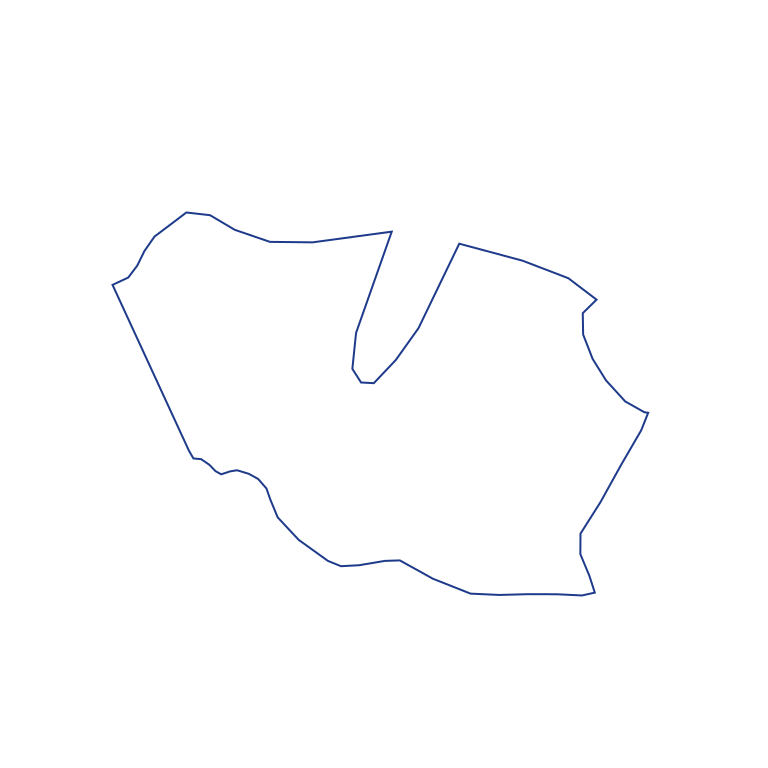 outline of Struga, rotated 119°
{"feature_id": "MKD-4845", "entity_name": "Struga", "entity_type": "Statistical Region", "adm_level": 1, "iso_a3": "MKD", "parent_name": "North Macedonia", "parent_adm1": "", "projection": "natural_earth1", "projection_center": [20.642, 41.252], "detail": "fine", "context": "isolated", "style": "outline", "palette": "blue", "viewbox_px": 768, "rotation_deg": 119, "n_neighbors": 0, "source": "natural_earth", "source_scale": "10m", "svg_char_len": 993}
<svg xmlns="http://www.w3.org/2000/svg" viewBox="0 0 768 768"><g transform="rotate(119 384 384)"><path d="M225.7,244.5L244.2,233.8L260.9,213.7L273.2,191.6L282.3,164.6L282.5,142.7L281.1,139.0L299.7,136.6L339.5,137.4L382.5,137.4L419.6,139.6L437.6,129.8L452.2,111.4L460.4,102.6L464.3,98.5L468.7,103.5L472.0,107.2L472.9,108.2L484.1,130.9L497.8,155.8L512.5,180.7L525.4,206.7L530.6,246.7L530.6,268.3L530.6,284.6L538.3,297.5L547.0,308.4L554.7,318.1L564.2,333.3L565.9,347.3L561.7,383.0L552.2,412.3L540.1,427.5L532.4,436.1L528.1,448.0L528.1,458.8L530.7,470.7L534.9,476.1L541.9,482.6L541.9,489.1L539.3,497.8L538.4,507.5L541.5,514.6L537.1,522.0L428.9,669.5L414.9,659.3L403.5,657.7L400.1,657.2L383.9,658.0L366.3,656.2L356.2,651.7L329.8,640.0L320.7,618.0L321.5,589.3L315.0,552.7L294.7,515.1L247.0,451.1L352.9,433.2L386.1,419.0L393.8,404.8L388.2,393.3L357.2,385.3L318.4,380.9L224.8,386.2L209.0,322.7L202.1,273.9L202.6,270.7L207.2,239.0L225.7,244.5Z" fill="none" stroke="#1e3a8a" stroke-width="2"/></g></svg>